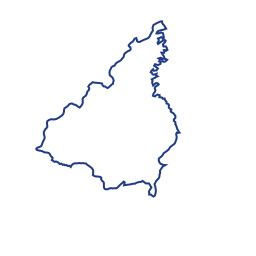 São Jerônimo da Serra, Paraná, Brazil, rotated 56°
{"feature_id": "56859067B6794406070679", "entity_name": "São Jerônimo da Serra", "entity_type": "district", "adm_level": 2, "iso_a3": "BRA", "parent_name": "Brazil", "parent_adm1": "Paraná", "projection": "equal_earth", "projection_center": [-50.795, -23.707], "detail": "fine", "context": "isolated", "style": "outline", "palette": "blue", "viewbox_px": 256, "rotation_deg": 56, "n_neighbors": 0, "source": "geoboundaries", "source_scale": "gbopen_adm2", "svg_char_len": 4465}
<svg xmlns="http://www.w3.org/2000/svg" viewBox="0 0 256 256"><g transform="rotate(56 128 128)"><path d="M58.7,40.1L57.9,41.3L57.4,44.0L57.0,46.8L56.9,49.4L58.6,51.6L59.7,52.1L61.2,52.9L62.5,56.1L64.1,58.6L64.8,60.8L64.3,63.2L63.8,65.5L63.4,67.9L63.2,70.2L62.4,71.4L61.1,71.9L59.2,71.1L58.1,70.9L57.6,72.6L58.4,73.9L59.0,75.7L59.0,78.0L59.3,79.5L59.8,81.2L60.8,81.5L62.6,80.9L64.3,81.8L64.6,83.4L64.3,85.2L64.3,88.6L64.8,89.9L66.7,92.0L67.2,94.1L67.7,95.3L67.9,97.4L67.6,99.6L67.6,101.0L67.8,102.3L68.8,104.2L68.4,105.6L68.3,107.5L69.2,109.0L70.3,111.1L71.7,112.4L74.1,113.6L76.9,112.8L78.3,112.7L80.5,113.2L81.6,114.5L82.9,115.7L82.9,117.6L83.3,119.4L83.5,122.5L82.1,123.4L80.7,123.8L79.9,124.9L78.8,125.2L76.5,124.7L74.5,126.9L71.5,130.6L70.3,131.6L70.5,133.7L70.6,135.6L71.5,137.8L73.4,137.9L74.6,139.2L75.1,141.3L76.8,143.3L77.6,144.9L77.7,146.5L77.8,148.1L78.8,149.6L80.2,150.4L81.8,151.4L82.6,152.5L83.4,154.2L84.0,156.6L82.9,157.2L81.7,157.7L80.5,158.1L79.4,158.6L78.2,159.8L76.3,160.7L75.4,163.0L76.0,165.3L76.2,167.5L76.1,169.5L77.3,171.0L78.8,172.1L80.2,173.9L80.7,175.8L80.8,179.8L80.4,182.6L79.5,184.6L78.7,185.7L77.7,186.9L77.2,188.9L77.2,191.0L78.5,192.4L81.0,193.7L82.0,194.3L82.5,195.6L82.8,197.3L84.2,199.9L85.9,201.2L87.8,201.7L89.2,202.3L90.7,204.0L91.5,205.7L92.4,207.1L93.9,209.0L94.4,210.3L94.3,211.9L93.6,214.2L94.0,215.7L95.1,215.9L96.2,215.0L97.3,214.0L98.2,213.0L99.1,212.1L100.4,211.5L101.7,210.6L102.9,209.1L104.2,207.8L105.6,207.4L107.1,207.6L109.1,207.6L110.0,207.1L111.1,207.5L112.0,209.1L113.5,208.4L115.0,207.9L115.4,206.5L116.6,205.6L118.2,205.0L119.6,204.9L120.2,203.2L122.0,202.8L122.4,201.5L123.5,201.2L124.3,199.6L125.7,199.3L126.5,197.8L128.3,197.3L127.5,196.0L127.1,194.3L127.3,192.3L128.1,191.0L129.1,189.6L129.8,187.9L131.0,186.7L131.7,185.2L132.9,184.0L133.9,182.7L135.6,182.4L137.0,181.8L138.5,181.3L140.7,180.5L143.4,180.4L144.9,181.5L146.1,182.1L147.3,183.4L148.7,182.9L149.8,182.2L150.8,180.9L151.8,179.7L152.7,178.7L154.1,177.9L155.3,178.9L157.2,179.0L158.5,178.6L159.8,178.6L161.4,179.6L162.8,180.6L164.3,181.3L165.5,181.3L166.6,180.4L167.4,179.2L167.8,176.8L168.7,175.3L169.6,174.3L170.5,172.8L171.6,171.0L171.2,168.7L170.7,166.2L170.4,163.5L170.0,161.6L171.2,161.1L172.3,162.2L173.3,163.3L174.5,160.6L175.1,159.5L175.9,157.9L176.9,155.2L178.1,153.3L178.1,151.8L178.9,149.3L179.9,147.4L180.0,145.5L181.1,145.2L182.3,144.7L183.8,144.3L184.7,143.0L185.7,141.6L187.6,141.7L188.7,141.7L190.4,141.8L191.9,145.5L192.9,146.5L193.9,146.7L194.9,147.7L196.0,146.3L198.0,145.7L199.1,145.2L199.0,143.5L197.6,141.8L196.2,140.4L194.4,139.3L193.0,138.8L191.9,138.1L190.7,137.9L189.3,137.3L188.6,135.9L187.6,134.0L186.9,130.8L186.0,129.3L184.2,127.8L183.3,126.5L181.3,125.4L180.3,123.2L179.4,120.9L179.6,117.8L178.4,119.3L175.7,121.1L173.7,121.1L171.8,120.5L170.5,119.4L170.4,117.2L169.9,114.4L168.9,112.8L168.8,109.1L168.6,106.4L167.6,104.2L167.3,102.4L167.2,100.7L167.0,97.9L166.0,96.4L164.7,94.6L163.2,93.0L161.3,92.0L160.1,91.6L159.1,90.2L160.0,89.3L160.6,87.9L159.4,88.0L157.8,87.8L156.3,87.7L154.7,87.2L153.4,86.9L152.3,86.6L151.2,86.7L150.3,85.7L149.2,85.5L147.8,86.0L146.6,85.3L146.2,83.2L144.7,82.0L142.7,82.0L141.3,82.1L139.9,82.7L138.9,83.3L137.8,83.2L136.9,81.7L135.6,82.4L134.0,82.8L132.8,82.1L131.9,81.2L130.5,81.3L129.2,82.3L127.7,81.4L125.9,81.7L124.0,81.2L123.4,82.7L121.9,82.7L120.9,83.7L120.0,84.8L118.5,83.4L116.8,84.9L116.7,86.4L116.9,88.0L115.2,89.3L113.7,87.5L113.0,85.4L112.0,84.1L110.4,83.8L109.4,82.9L109.0,81.0L109.3,79.4L108.9,78.1L107.4,78.5L106.3,79.9L106.5,81.4L106.9,83.4L105.4,83.0L103.8,82.6L102.6,81.2L100.9,81.1L101.4,78.1L101.4,76.1L101.7,74.6L100.3,75.3L99.0,74.0L98.6,75.9L98.0,77.1L97.0,77.6L95.9,77.4L94.5,78.0L93.8,76.9L93.3,74.4L94.8,74.8L96.2,72.2L95.3,69.9L93.7,70.4L92.4,70.9L91.0,71.5L90.2,69.9L92.6,67.9L93.0,65.3L91.5,63.9L90.2,65.0L89.3,63.1L87.4,63.8L88.1,61.5L89.4,60.7L90.9,61.7L92.1,62.0L93.2,61.3L93.7,59.8L93.4,57.4L92.2,58.0L90.9,59.3L90.1,58.5L88.9,58.2L86.7,58.2L84.3,58.1L85.8,56.0L85.0,55.0L83.5,54.7L84.3,53.5L85.3,53.2L85.3,51.6L84.2,51.5L83.0,51.0L81.6,51.0L80.2,53.0L78.2,52.3L77.5,49.1L76.7,48.0L75.5,48.3L75.2,50.2L75.0,52.4L75.1,53.9L75.1,56.1L74.0,55.9L72.9,53.8L71.9,53.1L70.6,53.1L71.0,51.3L71.4,49.3L73.3,49.3L73.3,47.9L72.3,47.2L71.2,47.0L70.2,46.4L68.8,46.0L67.4,47.2L66.5,50.3L65.5,51.4L64.6,49.9L64.6,48.2L65.3,46.2L66.3,43.7L67.0,40.8L65.3,40.8L64.2,40.7L63.2,40.7L60.8,41.0L59.8,40.9L58.7,40.1Z" fill="none" stroke="#1e3a8a" stroke-width="2"/></g></svg>